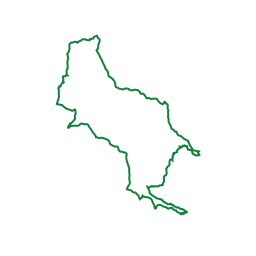 outline of Suratá, Santander, Colombia, rotated 342°
{"feature_id": "7082276B18867308996303", "entity_name": "Suratá", "entity_type": "district", "adm_level": 2, "iso_a3": "COL", "parent_name": "Colombia", "parent_adm1": "Santander", "projection": "natural_earth1", "projection_center": [-72.981, 7.457], "detail": "fine", "context": "isolated", "style": "outline", "palette": "green", "viewbox_px": 256, "rotation_deg": 342, "n_neighbors": 0, "source": "geoboundaries", "source_scale": "gbopen_adm2", "svg_char_len": 5882}
<svg xmlns="http://www.w3.org/2000/svg" viewBox="0 0 256 256"><g transform="rotate(342 128 128)"><path d="M187.0,175.8L187.5,175.9L187.7,175.5L187.6,175.1L186.9,174.6L186.8,173.8L187.1,172.8L187.9,172.5L188.3,172.2L183.7,169.7L182.7,168.1L182.5,167.4L182.4,166.5L182.0,165.4L181.4,162.6L181.4,160.9L181.0,159.9L181.2,158.8L181.1,158.5L180.4,158.2L177.7,155.3L176.6,153.2L175.9,152.2L173.6,150.4L173.0,148.4L172.8,147.4L172.9,146.6L172.8,146.4L171.6,145.9L171.2,145.3L171.0,144.1L169.2,142.2L169.1,141.8L169.3,140.9L169.2,139.2L168.6,134.9L168.7,134.0L169.3,132.1L169.5,130.8L169.4,130.1L169.5,129.5L170.1,128.5L170.8,126.3L170.9,125.4L171.2,124.7L171.8,124.0L171.7,121.8L172.5,119.2L172.9,118.5L172.9,117.8L172.7,117.5L171.5,116.2L171.4,114.7L171.0,114.4L169.5,115.6L168.3,116.2L166.3,114.2L165.0,111.5L164.6,109.8L164.3,109.2L163.8,108.9L161.4,108.0L159.2,107.6L158.3,107.1L157.2,105.9L155.0,105.5L154.5,104.0L154.3,102.7L153.2,100.2L152.4,99.7L151.3,99.6L150.6,99.3L150.5,98.9L150.4,97.3L149.2,95.2L146.3,93.6L143.8,93.6L141.9,92.8L141.2,92.3L140.7,91.0L139.1,90.0L137.1,89.6L135.7,89.8L134.5,89.6L133.7,88.9L132.0,88.0L131.4,87.6L130.6,86.5L129.4,85.5L129.1,85.2L129.2,83.4L129.6,81.9L129.5,79.2L129.2,78.6L129.0,77.7L128.4,76.5L127.0,74.3L125.9,73.2L125.7,72.9L126.1,68.7L125.7,66.1L124.8,64.4L125.0,63.0L124.2,57.6L124.1,55.4L123.4,51.9L123.2,50.0L122.7,47.3L122.0,44.7L122.3,44.1L123.3,43.7L124.1,42.9L125.0,41.0L125.7,39.3L127.0,38.0L128.0,36.4L128.3,34.7L127.5,33.5L127.0,32.0L127.0,30.7L125.8,30.7L123.6,30.9L122.5,32.2L121.4,31.9L120.0,32.0L119.2,31.7L118.6,32.7L117.6,32.4L116.6,31.9L116.3,31.9L114.5,30.2L113.2,30.1L111.8,29.6L110.1,30.4L109.2,30.5L108.4,30.4L107.3,30.8L106.7,30.8L106.3,30.7L105.8,30.2L105.5,30.1L105.5,30.4L105.4,30.3L103.9,29.4L103.1,29.4L102.1,29.7L100.6,29.2L99.1,29.7L98.3,30.3L98.0,30.7L97.7,31.4L96.8,34.8L96.5,35.4L95.5,36.4L95.2,37.3L94.7,37.5L94.3,38.0L93.6,38.3L93.0,39.1L93.1,39.3L93.1,40.6L92.7,42.6L92.6,43.4L91.7,44.6L90.5,47.2L89.7,50.6L89.3,51.6L88.9,52.9L88.2,53.3L87.8,53.7L87.0,55.3L86.3,58.1L86.3,58.8L86.5,59.2L85.3,58.8L84.3,59.5L83.7,59.1L82.3,58.9L81.6,59.7L81.7,61.0L81.4,62.3L80.8,63.0L80.5,63.1L80.5,63.4L81.1,64.5L80.8,65.0L78.8,65.1L77.9,66.0L77.0,67.3L76.1,67.7L75.9,67.2L75.5,67.1L75.0,68.2L74.2,68.4L74.0,68.8L74.0,70.1L73.6,71.3L73.6,72.2L73.3,72.8L72.7,73.7L72.5,75.1L72.1,76.7L71.3,78.1L67.7,83.2L68.0,83.6L69.3,83.9L70.6,85.0L72.3,85.7L74.4,89.4L75.3,90.4L76.5,91.5L78.4,92.7L80.3,94.5L81.3,94.4L82.4,93.9L82.9,93.8L83.3,94.0L83.4,94.8L83.2,96.1L82.7,98.1L82.4,98.6L81.9,99.1L81.8,99.4L81.2,100.1L80.9,100.7L80.6,102.5L80.4,103.0L78.8,104.1L75.8,105.7L74.2,105.8L73.4,106.9L72.2,107.6L72.2,107.8L72.3,108.1L72.2,108.4L71.5,108.5L71.2,108.8L71.2,109.3L72.2,109.4L73.0,108.7L74.4,108.6L75.0,108.2L75.9,108.8L77.7,109.2L78.6,109.7L79.4,109.8L80.8,110.4L82.8,110.2L83.9,109.4L85.4,109.4L87.9,111.0L88.9,111.4L90.3,111.7L90.6,112.3L91.3,113.1L91.3,114.5L91.7,116.0L92.3,117.4L93.4,121.8L93.9,122.8L94.8,125.6L94.7,127.0L95.6,127.2L97.3,128.7L99.3,128.9L101.2,129.8L104.0,132.0L105.7,133.9L106.0,135.1L106.0,137.0L106.2,138.0L106.4,138.4L109.3,141.3L112.2,142.4L112.4,142.8L112.5,145.1L112.3,146.2L112.9,147.6L113.4,148.1L114.5,148.3L116.1,149.8L117.3,150.2L118.7,151.8L118.5,152.1L118.4,153.0L118.0,154.0L117.5,154.7L116.9,156.5L116.7,159.2L116.7,166.2L116.2,168.6L115.5,170.2L115.1,172.8L113.7,176.1L113.3,177.5L113.0,180.0L112.8,180.8L111.8,182.3L110.8,182.9L108.9,184.6L108.2,185.5L108.1,186.0L111.4,188.0L112.1,188.9L112.5,190.0L113.2,190.9L115.0,191.6L115.3,192.0L116.3,194.4L117.1,195.7L117.0,197.0L117.2,198.2L117.3,199.4L118.6,198.8L120.0,198.5L120.5,197.3L121.0,196.8L121.5,197.9L124.0,199.5L125.3,199.9L127.6,201.9L128.0,202.5L128.5,204.5L128.5,206.4L129.2,209.9L128.7,211.2L128.9,213.0L129.3,213.1L129.8,212.9L131.3,211.2L131.9,210.8L132.5,210.6L133.5,210.6L134.9,211.1L135.5,211.5L137.2,213.5L139.6,215.0L139.9,215.5L140.3,215.8L140.7,216.6L141.3,217.2L143.1,217.0L143.8,217.4L145.1,217.4L145.4,217.6L146.1,219.5L146.5,220.2L148.1,221.2L148.3,221.8L149.0,223.2L151.1,225.2L151.4,225.7L151.7,226.4L152.1,226.6L152.3,226.2L152.9,225.9L153.1,225.6L153.5,225.7L153.8,225.5L154.3,225.7L154.1,226.4L154.2,226.8L155.0,226.5L155.7,226.6L156.2,226.3L157.8,226.3L157.7,225.3L157.0,224.7L156.3,224.5L155.8,223.0L154.9,222.4L154.5,221.7L154.0,221.5L153.3,221.4L153.0,221.0L152.2,220.5L151.3,219.0L149.6,218.6L148.7,217.4L147.8,216.7L147.4,215.9L147.3,215.3L146.3,215.0L145.7,213.7L144.9,213.1L144.4,213.0L144.1,213.5L142.2,212.8L140.8,210.7L140.2,210.6L139.7,209.5L138.7,209.0L138.7,208.0L138.3,207.2L137.8,207.0L137.7,206.4L137.3,206.1L137.2,205.8L136.5,205.6L135.5,204.8L134.1,204.2L132.9,202.8L132.1,201.7L130.5,200.0L129.6,198.5L128.6,196.7L128.5,195.6L128.9,194.8L128.9,194.5L128.8,193.0L128.4,191.2L128.4,190.1L129.0,190.8L129.9,190.9L131.8,190.9L132.3,190.5L133.0,190.5L133.9,191.6L134.8,191.7L135.7,191.5L136.9,192.5L137.9,192.5L138.7,192.8L139.3,192.8L140.0,192.4L141.7,192.8L142.7,192.5L143.3,193.0L143.4,192.9L144.2,191.4L145.8,189.9L146.1,188.1L146.5,187.8L146.8,187.1L146.8,186.7L146.7,186.3L146.9,185.7L148.2,184.6L149.5,184.6L149.8,184.4L150.7,183.3L151.0,182.3L151.7,178.5L152.2,178.4L153.2,177.3L155.8,176.2L156.4,175.3L156.6,173.8L158.0,171.3L158.5,171.1L159.2,171.2L160.3,172.5L160.4,171.3L160.8,170.9L161.5,170.0L161.5,168.9L162.1,168.4L162.3,167.6L163.3,167.4L163.5,166.2L163.9,165.1L164.1,166.4L164.3,166.5L165.0,166.2L165.9,166.2L166.3,165.9L167.2,166.0L167.3,165.8L167.5,164.8L169.4,163.5L170.0,163.3L171.3,163.3L171.7,162.4L171.5,161.8L172.4,162.2L173.4,162.8L174.2,162.0L174.8,161.7L175.5,162.4L176.0,162.4L176.6,162.1L177.3,163.3L178.5,163.5L178.1,164.6L178.6,166.2L178.4,167.0L178.7,167.4L179.4,167.8L180.7,168.2L181.4,168.1L181.6,168.9L181.6,172.0L181.7,172.5L182.4,172.7L182.7,173.8L184.2,175.1L184.9,175.4L186.0,175.4L187.0,175.8Z" fill="none" stroke="#15803d" stroke-width="2"/></g></svg>